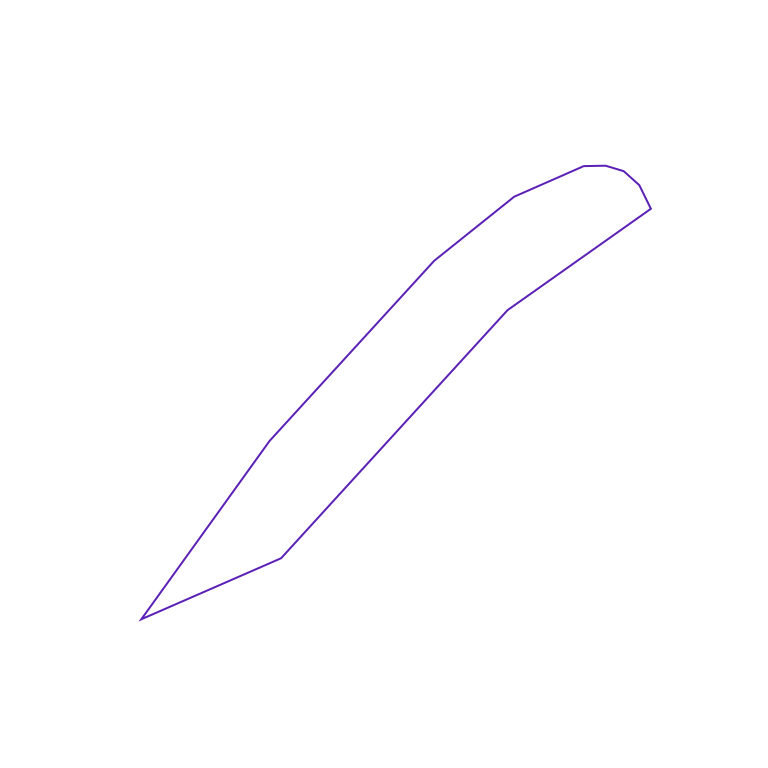 map outline of Agaléga (Equal Earth projection), rotated 68°
{"feature_id": "MUS-5180", "entity_name": "Agaléga", "entity_type": "Dependency", "adm_level": 1, "iso_a3": "MUS", "parent_name": "Mauritius", "parent_adm1": "", "projection": "equal_earth", "projection_center": [56.538, -10.365], "detail": "fine", "context": "isolated", "style": "outline", "palette": "violet", "viewbox_px": 768, "rotation_deg": 68, "n_neighbors": 0, "source": "natural_earth", "source_scale": "10m", "svg_char_len": 305}
<svg xmlns="http://www.w3.org/2000/svg" viewBox="0 0 768 768"><g transform="rotate(68 384 384)"><path d="M256.8,117.2L264.6,96.8L276.5,82.0L295.3,72.8L321.5,70.9L361.8,241.8L507.0,544.7L511.2,697.1L393.9,511.4L288.5,291.2L259.1,193.1L256.8,117.2Z" fill="none" stroke="#5b21b6" stroke-width="2"/></g></svg>